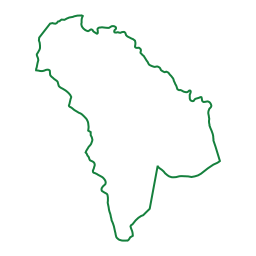 La Fille, Micoud, Saint Lucia (Mercator projection)
{"feature_id": "8701671B6329691357439", "entity_name": "La Fille", "entity_type": "district", "adm_level": 2, "iso_a3": "LCA", "parent_name": "Saint Lucia", "parent_adm1": "Micoud", "projection": "mercator", "projection_center": [-60.934, 13.835], "detail": "fine", "context": "isolated", "style": "outline", "palette": "green", "viewbox_px": 256, "rotation_deg": 0, "n_neighbors": 0, "source": "geoboundaries", "source_scale": "gbopen_adm2", "svg_char_len": 5660}
<svg xmlns="http://www.w3.org/2000/svg" viewBox="0 0 256 256"><path d="M88.2,130.6L90.7,132.1L90.7,135.2L91.8,137.3L92.4,139.7L92.2,140.9L91.1,143.9L90.2,145.2L88.7,146.8L87.9,148.2L86.4,150.6L85.6,152.5L86.6,153.5L87.5,155.6L88.5,156.7L89.1,158.1L89.3,158.9L89.9,160.1L90.2,160.4L92.2,161.3L92.9,161.7L93.5,162.1L93.8,162.4L94.2,162.9L94.4,163.4L94.6,163.9L94.7,164.4L94.7,165.3L94.5,166.1L94.2,166.9L93.8,168.5L92.9,170.6L92.9,171.1L93.0,171.9L93.2,172.3L93.6,172.7L94.9,173.1L97.0,174.1L97.7,174.6L101.4,176.6L102.4,177.2L103.1,177.8L104.0,178.8L104.4,179.3L105.2,180.5L105.4,181.1L105.6,181.7L105.7,182.6L105.6,183.0L105.5,183.7L105.3,184.2L104.7,184.8L103.9,185.5L103.1,186.2L102.4,187.1L102.0,187.8L101.7,188.2L101.6,188.6L101.5,189.6L101.6,190.2L101.8,190.7L102.0,191.0L102.6,191.4L103.3,191.8L104.7,192.7L105.4,193.0L106.7,193.8L107.1,194.2L107.3,194.6L107.5,195.0L107.8,196.9L107.9,197.7L107.9,200.9L107.7,202.5L107.8,203.3L108.6,207.1L109.0,209.8L109.6,212.1L109.8,212.5L110.0,213.2L110.2,213.7L110.6,215.3L110.8,216.6L111.4,218.9L111.5,219.8L111.6,220.3L111.8,220.8L112.5,222.3L113.0,223.6L113.9,226.3L115.0,231.4L115.5,233.4L115.6,234.3L116.2,236.7L116.5,237.4L117.1,238.1L118.5,239.3L119.3,239.8L121.8,240.5L122.9,240.6L124.0,240.6L126.0,240.6L126.8,240.5L127.6,240.6L128.4,240.0L129.0,239.3L129.6,238.4L130.1,237.4L132.8,235.8L132.8,235.5L132.6,233.1L132.2,231.3L131.0,228.2L130.5,226.3L131.0,225.3L132.5,224.3L135.6,220.4L138.4,217.8L141.1,216.0L143.2,215.2L143.8,214.6L146.0,212.4L149.7,208.8L157.7,165.7L157.9,166.6L159.1,167.9L161.8,169.8L163.7,171.5L165.1,173.3L167.5,175.3L169.2,176.4L171.6,177.2L173.2,177.3L176.1,177.1L179.2,176.3L181.2,176.1L188.2,176.4L191.5,177.0L194.7,176.4L198.0,175.4L201.0,173.7L207.9,168.3L213.4,164.6L217.4,162.8L219.2,161.6L219.9,161.0L215.5,146.6L213.5,140.7L213.4,139.9L213.5,139.3L213.3,138.1L213.2,136.2L213.0,135.2L212.7,133.9L211.6,130.8L210.6,128.5L210.1,127.3L209.9,126.5L209.7,126.2L209.5,125.7L209.5,124.7L209.2,123.4L209.0,121.9L209.0,120.9L209.2,119.2L209.2,118.2L209.0,117.7L208.8,115.9L208.3,113.5L208.3,113.1L208.3,112.3L208.5,111.0L209.4,108.7L210.6,107.5L210.9,107.1L211.3,106.1L211.3,105.4L211.0,104.5L210.7,103.8L210.4,103.3L210.1,102.9L209.7,102.4L209.1,102.0L208.3,101.6L207.6,101.4L206.3,101.6L205.4,101.8L204.6,101.9L203.8,102.0L203.4,101.9L202.9,101.6L202.4,101.1L202.1,100.6L201.7,98.0L201.4,97.2L201.1,97.1L200.5,97.1L198.7,97.9L195.8,98.7L194.9,99.2L194.4,99.8L194.0,100.5L193.5,101.0L193.0,101.1L192.4,101.1L191.9,101.0L191.2,100.7L190.7,100.4L190.5,100.2L190.1,99.5L189.8,98.7L189.7,95.5L189.7,94.9L190.6,92.5L190.7,91.7L190.7,91.4L190.5,90.9L190.2,90.6L189.8,90.5L189.5,90.5L189.1,90.7L188.1,91.6L187.7,91.9L186.9,92.2L186.4,92.2L185.4,92.1L183.8,91.7L183.0,91.3L181.6,90.5L180.9,90.2L180.2,90.0L179.6,90.1L179.0,90.1L178.0,89.6L177.5,89.3L177.2,88.7L176.6,86.7L176.1,85.4L175.4,84.3L174.9,83.0L174.4,82.0L173.8,80.7L173.5,79.3L173.2,78.8L173.0,78.3L172.4,77.6L171.6,76.5L171.0,75.8L169.9,74.7L169.0,73.5L168.6,72.9L168.1,72.5L166.4,71.7L165.8,71.8L165.1,72.1L164.8,72.2L163.9,71.9L162.8,71.3L162.2,71.0L160.9,70.0L160.6,69.4L160.3,68.5L159.7,67.7L159.1,67.3L157.6,66.5L156.5,66.5L155.9,66.7L154.6,66.9L153.7,66.7L151.7,66.0L150.0,65.2L149.2,64.7L148.9,64.3L148.3,63.4L148.0,62.6L147.3,61.4L146.8,60.9L146.3,60.1L145.4,58.6L144.3,56.9L144.0,56.3L143.4,55.7L142.6,55.1L141.9,54.3L140.6,53.0L140.5,52.5L140.5,52.2L140.9,50.8L140.9,50.5L140.9,50.0L140.6,49.2L140.4,48.9L139.2,47.9L138.8,47.7L138.3,47.8L137.8,47.9L137.1,47.9L136.6,47.9L135.9,47.7L135.4,47.4L135.1,47.0L135.0,46.5L135.1,45.9L135.2,45.2L135.4,44.1L135.4,43.1L135.4,42.6L135.0,40.7L134.7,40.4L133.6,39.6L133.1,39.2L131.4,38.5L129.5,37.5L128.2,36.9L127.1,36.2L126.1,35.2L125.5,33.4L125.3,32.9L124.8,32.4L124.5,32.1L123.9,31.9L122.0,32.1L120.4,32.8L119.9,32.7L119.3,32.7L117.9,32.2L117.3,32.3L116.6,32.5L115.0,32.5L114.5,32.3L114.3,31.8L114.2,31.2L114.4,30.6L114.5,30.3L114.9,29.8L115.4,29.4L115.8,29.0L116.0,28.5L116.0,28.1L115.9,27.4L115.4,26.9L114.7,26.5L114.0,26.2L113.2,26.1L112.5,26.1L111.5,26.3L110.7,26.8L109.6,27.5L109.1,27.8L108.5,27.9L106.5,27.8L103.7,27.5L103.0,27.4L102.4,27.3L101.7,27.3L100.4,27.5L99.7,27.5L98.9,27.7L98.4,28.0L97.9,28.4L97.5,29.0L97.5,29.6L97.7,30.4L97.8,32.2L97.8,32.7L97.6,33.3L97.0,33.7L96.7,33.6L94.0,31.9L93.1,31.1L92.7,30.2L91.9,29.6L91.2,29.4L90.8,29.5L89.9,30.0L89.5,30.4L89.0,30.7L88.2,31.1L87.8,31.1L87.1,30.9L85.9,30.4L85.4,30.0L85.0,29.9L84.5,29.4L83.8,28.9L83.3,28.4L82.9,27.9L81.9,26.5L81.5,25.1L81.3,24.0L81.5,23.1L81.6,22.7L81.6,20.0L81.8,18.5L82.2,17.3L82.4,16.8L82.8,16.0L82.7,15.9L81.5,15.4L80.8,15.5L77.5,15.6L74.3,16.3L72.8,16.9L71.6,17.1L69.3,17.5L66.9,18.5L64.5,19.8L61.5,19.6L60.0,20.7L59.6,21.2L58.0,21.5L56.9,22.9L56.1,23.4L55.3,23.7L53.3,23.4L52.6,23.1L50.1,23.6L39.2,37.6L38.9,40.4L39.7,42.8L40.0,45.7L40.0,48.1L39.5,49.7L38.0,52.4L36.8,54.3L36.9,55.5L38.0,58.3L38.3,60.1L37.5,63.2L36.7,67.4L36.1,69.1L36.1,70.3L38.4,70.6L40.1,71.0L41.8,71.1L42.8,71.0L44.6,70.5L45.4,70.1L46.4,69.8L47.3,69.7L48.1,69.7L49.0,70.0L49.6,70.4L49.8,70.8L49.9,71.9L50.0,73.4L50.2,75.0L50.7,75.8L51.5,76.7L52.9,77.8L53.8,78.7L56.0,80.3L56.6,80.7L57.1,81.2L57.6,81.8L57.8,82.4L58.0,83.2L58.6,85.4L58.7,85.8L59.1,86.4L59.9,87.1L60.9,87.8L61.9,88.3L63.0,88.9L65.6,90.5L67.1,91.7L67.9,92.4L69.1,93.6L70.3,95.1L71.0,96.5L71.2,96.9L71.1,97.7L70.7,98.6L70.4,99.8L69.4,104.1L69.2,104.6L69.0,105.2L68.9,105.6L69.0,106.0L69.4,106.5L70.1,107.0L71.0,107.4L71.9,108.0L74.3,110.0L77.8,112.1L78.7,112.7L79.8,113.1L81.3,113.9L82.2,114.6L84.2,116.5L85.3,117.7L86.0,118.4L86.8,119.5L87.7,121.4L88.0,122.2L88.2,123.3L88.6,126.9L88.5,128.3L88.2,130.6Z" fill="none" stroke="#15803d" stroke-width="2"/></svg>